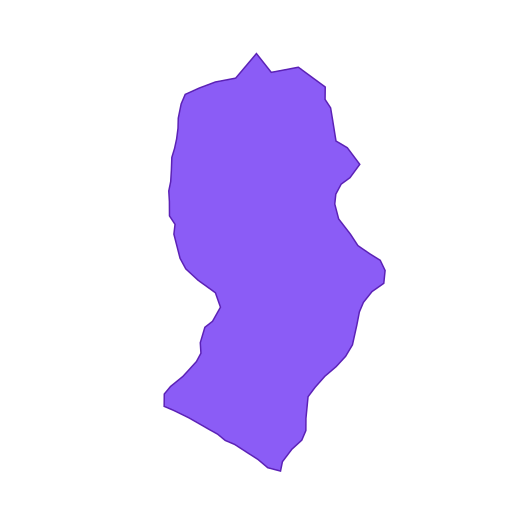 outline of Krini, Cyprus, rotated 203°
{"feature_id": "46923920B47600547023009", "entity_name": "Krini", "entity_type": "district", "adm_level": 2, "iso_a3": "CYP", "parent_name": "Cyprus", "parent_adm1": "", "projection": "albers", "projection_center": [33.246, 35.277], "detail": "fine", "context": "isolated", "style": "filled", "palette": "violet", "viewbox_px": 512, "rotation_deg": 203, "n_neighbors": 0, "source": "geoboundaries", "source_scale": "gbopen_adm2", "svg_char_len": 1117}
<svg xmlns="http://www.w3.org/2000/svg" viewBox="0 0 512 512"><g transform="rotate(203 256 256)"><path d="M334.7,442.5L344.2,411.8L361.4,400.3L373.9,388.4L384.3,377.1L384.3,366.7L381.4,352.5L377.7,343.1L374.8,332.7L373.0,323.3L372.0,313.9L367.3,301.6L363.6,291.2L361.7,281.8L357.0,272.3L351.3,259.1L342.9,253.5L340.1,244.0L325.0,224.2L315.6,216.7L299.7,211.0L279.0,206.3L268.7,195.0L270.5,178.9L275.2,170.4L273.4,154.4L268.7,145.0L269.6,135.5L276.2,116.7L283.7,102.5L286.5,93.1L281.8,81.7L271.5,81.7L254.6,80.8L231.1,78.0L221.7,77.0L212.3,74.2L202.0,74.2L186.0,71.4L174.7,69.5L162.5,65.7L149.4,67.6L151.3,77.0L147.5,92.1L141.9,104.4L141.9,114.8L146.6,126.1L153.1,146.8L150.3,158.2L145.6,172.3L139.0,185.5L134.3,198.7L132.5,211.9L136.2,231.8L139.0,245.0L139.0,255.3L135.3,268.6L127.7,280.8L131.5,293.1L140.0,300.6L146.5,301.6L152.2,302.5L161.6,304.4L166.3,305.4L177.5,312.9L194.4,322.4L203.8,334.6L206.7,344.1L205.7,355.4L200.1,364.8L196.3,380.9L214.2,391.3L227.3,393.1L238.6,411.1L245.2,421.5L253.6,427.1L258.3,438.6L290.8,446.3L313.7,431.0L334.7,442.5Z" fill="#8b5cf6" stroke="#5b21b6" stroke-width="1.5"/></g></svg>